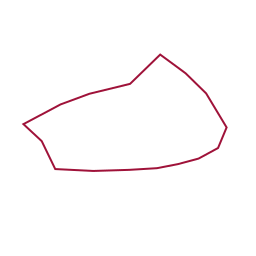 Águas de São Pedro, São Paulo, Brazil, rotated 132°
{"feature_id": "56859067B74194604181360", "entity_name": "Águas de São Pedro", "entity_type": "district", "adm_level": 2, "iso_a3": "BRA", "parent_name": "Brazil", "parent_adm1": "São Paulo", "projection": "natural_earth1", "projection_center": [-47.876, -22.599], "detail": "fine", "context": "isolated", "style": "outline", "palette": "rose", "viewbox_px": 256, "rotation_deg": 132, "n_neighbors": 0, "source": "geoboundaries", "source_scale": "gbopen_adm2", "svg_char_len": 357}
<svg xmlns="http://www.w3.org/2000/svg" viewBox="0 0 256 256"><g transform="rotate(132 128 128)"><path d="M128.4,179.6L155.6,193.9L195.1,208.3L195.5,183.3L207.2,154.6L183.1,125.0L158.3,99.1L138.5,79.6L121.4,66.7L103.5,55.1L82.6,47.7L61.6,55.1L50.0,93.1L48.8,121.8L51.9,153.2L93.8,156.0L128.4,179.6Z" fill="none" stroke="#9f1239" stroke-width="2"/></g></svg>